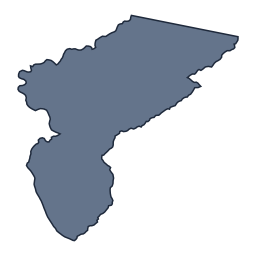 outline of Acorizal, Mato Grosso, Brazil
{"feature_id": "56859067B96273664135560", "entity_name": "Acorizal", "entity_type": "district", "adm_level": 2, "iso_a3": "BRA", "parent_name": "Brazil", "parent_adm1": "Mato Grosso", "projection": "orthographic", "projection_center": [-56.306, -15.194], "detail": "fine", "context": "isolated", "style": "filled", "palette": "slate", "viewbox_px": 256, "rotation_deg": 0, "n_neighbors": 0, "source": "geoboundaries", "source_scale": "gbopen_adm2", "svg_char_len": 4007}
<svg xmlns="http://www.w3.org/2000/svg" viewBox="0 0 256 256"><path d="M238.0,36.7L131.4,15.4L130.8,17.1L130.4,19.6L128.6,21.1L126.2,21.3L124.7,21.1L123.3,21.9L122.4,23.6L120.0,24.0L118.4,24.8L117.2,27.2L116.6,28.9L115.9,30.6L114.6,31.7L111.7,32.8L109.6,33.9L107.6,35.2L106.0,36.4L104.1,36.4L102.5,36.2L101.2,36.9L99.4,38.0L97.7,39.2L95.9,40.2L95.4,41.9L95.1,43.4L95.0,45.5L95.7,47.4L93.8,48.8L92.1,49.3L91.6,47.6L90.4,46.6L88.5,46.1L86.3,46.0L85.2,47.1L83.5,48.7L81.2,50.0L78.9,50.1L77.4,49.7L75.2,48.8L73.3,48.9L71.8,49.3L69.8,48.6L67.2,49.2L65.5,50.7L64.4,52.9L63.6,54.2L63.1,56.0L62.4,57.8L61.2,59.3L60.3,61.1L59.2,62.3L57.9,64.0L56.3,64.9L54.4,63.0L52.7,61.5L51.0,60.4L49.0,59.9L46.9,59.6L45.4,60.8L44.2,62.4L42.3,63.4L40.3,64.0L38.0,64.1L35.4,64.2L33.8,64.9L32.7,66.6L30.5,65.9L30.9,68.4L31.5,70.3L30.7,71.7L28.8,72.1L27.1,71.9L25.7,71.3L23.9,70.6L22.4,70.3L19.6,71.7L18.6,74.1L18.5,76.3L19.2,77.6L21.4,78.7L23.9,79.4L25.9,81.1L26.2,83.0L24.8,84.6L22.6,85.5L19.9,85.7L18.3,87.3L18.0,89.3L19.0,91.1L20.3,92.0L22.6,93.1L24.2,94.1L25.6,95.4L26.3,97.7L25.8,100.3L26.6,102.1L26.9,104.2L27.9,105.7L29.4,107.2L31.5,108.6L35.4,110.6L38.0,109.4L40.3,108.6L42.8,108.8L44.3,109.1L46.6,110.2L47.9,112.5L48.9,115.0L49.8,116.9L50.3,119.1L49.7,121.1L49.2,123.7L49.6,125.4L50.3,127.5L51.5,129.9L53.5,131.0L56.1,132.3L57.9,132.9L60.1,133.9L58.7,134.9L57.0,135.8L55.5,136.3L53.6,136.2L51.4,137.3L51.6,139.1L50.1,140.1L49.0,141.9L47.3,141.9L45.5,140.8L44.3,138.5L42.4,137.8L40.1,138.3L38.3,140.1L38.7,142.3L37.8,143.6L36.3,144.0L34.4,145.7L33.0,147.3L31.8,149.0L30.8,151.4L30.9,153.8L30.0,156.5L29.8,158.2L29.2,160.2L28.7,162.1L27.3,163.1L26.5,165.5L27.8,167.7L29.1,169.1L30.7,170.8L32.1,172.9L33.5,175.2L34.6,177.2L34.9,178.6L34.6,180.2L34.4,181.8L34.1,184.2L34.5,186.0L35.4,188.6L36.1,191.7L37.1,193.7L38.3,195.7L39.4,197.5L40.2,199.1L41.2,200.8L42.2,203.2L43.1,205.5L43.6,206.9L44.2,208.5L44.9,210.2L45.5,211.6L46.0,213.1L46.7,214.8L47.7,217.0L49.2,219.4L51.2,222.5L52.3,224.2L53.7,226.5L55.5,228.4L56.8,230.9L58.7,232.5L60.6,233.9L62.1,235.1L64.7,236.8L69.7,238.8L73.0,240.4L74.5,240.6L76.0,239.3L77.0,237.9L77.2,236.3L79.0,235.4L81.0,234.2L83.3,233.9L84.9,232.8L86.1,231.5L87.6,230.3L87.7,228.7L88.2,226.5L90.1,225.7L91.9,225.7L94.0,225.0L95.8,223.4L97.5,222.0L96.9,220.3L98.4,219.0L97.8,217.4L99.1,216.2L100.5,214.4L102.9,213.4L104.7,212.0L106.3,210.0L108.1,207.8L108.6,205.7L110.1,205.5L111.5,205.1L112.3,203.8L112.3,202.2L112.9,200.5L111.9,198.3L111.1,197.1L110.7,195.6L110.3,193.4L110.1,190.8L110.1,189.2L110.4,187.6L112.2,186.0L113.0,183.4L113.1,180.7L113.6,178.1L112.9,174.4L111.0,171.9L109.7,169.8L110.6,167.5L109.1,166.2L107.7,165.5L106.1,164.0L104.1,162.4L102.8,160.2L101.8,159.1L101.7,157.5L102.0,155.3L103.7,155.1L105.0,153.6L106.6,152.2L108.2,150.6L109.5,149.1L111.4,148.1L112.7,146.9L113.2,145.0L113.2,143.2L113.3,141.6L114.0,139.6L115.0,137.8L115.1,136.0L116.9,135.0L118.3,134.1L119.5,133.3L119.8,131.5L121.7,130.9L123.5,131.6L125.9,131.3L127.6,130.6L128.9,129.3L131.0,128.2L133.7,129.0L135.9,128.0L137.3,126.8L139.1,126.2L141.2,127.0L142.1,125.6L143.9,124.8L145.1,123.3L146.3,121.4L147.8,121.6L149.4,120.3L150.1,118.6L152.0,117.7L154.1,117.4L155.6,115.5L157.1,115.3L158.8,115.2L160.1,114.1L161.3,112.9L163.8,111.1L165.9,109.6L167.9,108.7L169.5,109.2L170.2,107.4L171.6,106.8L173.3,106.2L175.2,105.6L176.8,103.1L178.3,101.7L179.6,101.1L181.3,100.6L182.2,99.1L183.9,97.8L185.5,97.2L187.4,97.0L188.5,95.3L190.6,94.2L192.2,92.1L193.1,90.7L194.0,89.1L194.7,87.7L196.4,87.6L198.0,87.6L200.8,86.4L199.0,84.5L198.1,83.3L196.4,82.2L194.2,82.4L192.5,81.4L190.3,79.4L188.8,78.2L187.4,77.6L189.2,76.0L190.4,75.1L192.4,74.0L194.7,74.1L196.0,72.8L197.6,70.4L199.0,69.5L200.9,70.4L202.6,69.3L205.4,66.9L208.4,66.4L211.6,67.0L213.2,64.9L214.3,63.2L216.1,61.6L218.1,60.6L220.1,59.3L221.6,57.3L221.7,55.2L223.2,53.5L224.9,52.1L227.1,50.7L230.0,50.7L231.9,49.5L233.4,49.0L234.8,47.6L234.6,45.8L234.1,44.1L235.6,43.8L236.7,42.1L237.8,40.3L238.0,38.7L238.0,36.7Z" fill="#64748b" stroke="#1e293b" stroke-width="1.5"/></svg>